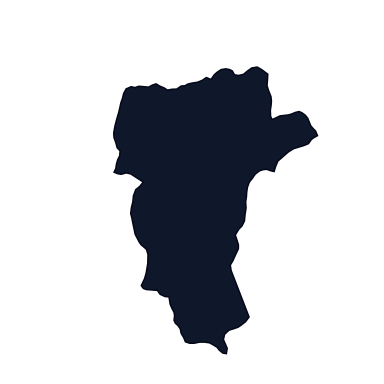 Brodowski, São Paulo, Brazil, rotated 203°
{"feature_id": "56859067B88717252017859", "entity_name": "Brodowski", "entity_type": "district", "adm_level": 2, "iso_a3": "BRA", "parent_name": "Brazil", "parent_adm1": "São Paulo", "projection": "equal_earth", "projection_center": [-47.633, -21.044], "detail": "fine", "context": "isolated", "style": "filled", "palette": "ink", "viewbox_px": 384, "rotation_deg": 203, "n_neighbors": 0, "source": "geoboundaries", "source_scale": "gbopen_adm2", "svg_char_len": 2211}
<svg xmlns="http://www.w3.org/2000/svg" viewBox="0 0 384 384"><g transform="rotate(203 192 192)"><path d="M271.5,179.8L267.5,179.8L264.0,180.7L260.0,183.9L255.4,184.7L240.8,182.1L242.3,176.7L244.7,172.2L244.4,165.6L242.6,159.8L241.6,153.7L240.0,148.2L237.2,144.6L235.1,141.4L227.8,130.9L221.0,125.3L218.5,123.7L211.5,121.4L208.1,117.3L204.8,109.0L202.5,99.4L201.8,93.6L202.1,86.0L199.0,84.2L195.9,84.4L189.9,86.4L185.4,87.9L181.4,85.4L176.0,85.2L172.2,86.5L168.2,80.1L164.5,76.6L161.6,74.3L159.8,71.6L158.4,66.9L156.0,64.7L152.9,63.7L149.3,61.4L146.8,57.7L142.6,54.6L139.5,51.5L135.0,51.9L130.9,53.6L126.4,56.8L121.9,58.7L116.8,60.0L112.4,59.5L108.3,58.9L105.4,57.2L100.8,55.8L97.2,56.6L98.5,61.8L101.8,65.0L105.4,68.4L106.4,73.7L104.0,79.2L100.1,82.5L96.8,85.5L94.9,88.3L92.0,93.6L90.6,99.2L125.3,135.0L128.2,139.7L127.5,144.8L127.4,151.0L127.1,157.8L128.6,161.5L131.9,165.4L135.4,169.4L134.3,176.2L132.7,180.4L132.4,185.8L134.3,191.8L136.0,198.4L138.8,204.0L140.0,208.8L141.6,213.3L142.8,217.9L143.1,223.4L141.8,228.2L140.7,233.3L138.0,238.0L135.1,240.5L132.1,242.1L128.4,242.3L124.4,242.9L125.0,248.1L125.0,254.0L122.2,259.8L119.2,266.1L115.5,271.5L111.1,275.2L106.9,278.7L103.7,282.0L102.6,287.1L100.8,290.0L98.5,292.9L102.1,296.4L105.4,297.8L108.6,299.4L111.3,302.1L114.3,305.1L117.6,306.9L121.8,307.9L124.9,307.9L128.0,305.6L131.0,302.5L133.4,300.6L136.9,298.6L140.8,296.4L144.0,292.7L146.5,290.0L149.2,292.3L151.8,297.8L153.0,302.5L154.4,306.7L156.6,310.7L161.2,315.3L164.6,319.4L166.2,324.4L168.3,330.1L171.7,330.9L175.8,331.9L180.8,332.5L185.5,329.5L188.1,325.2L190.6,320.4L194.8,317.4L198.7,316.5L202.2,319.2L205.1,319.4L209.0,318.6L213.0,316.1L215.7,312.0L217.2,308.9L218.5,303.0L223.5,303.0L226.2,298.8L229.8,295.2L234.5,292.3L237.9,289.8L240.1,287.0L243.4,285.3L246.2,280.8L250.7,278.7L254.3,276.2L258.2,276.9L263.3,276.9L267.3,277.5L270.2,275.0L273.0,271.5L277.6,270.1L282.2,268.6L285.3,265.8L289.1,265.2L292.9,261.2L293.4,255.9L292.6,251.4L292.3,246.3L291.6,242.6L290.6,237.1L290.0,231.8L289.5,227.9L288.6,222.1L287.1,215.7L285.1,211.7L281.1,207.3L278.2,203.5L274.3,201.8L272.7,197.1L273.0,192.7L272.4,188.0L271.3,183.8L271.5,179.8Z" fill="#0f172a" stroke="#020617" stroke-width="1.5"/></g></svg>